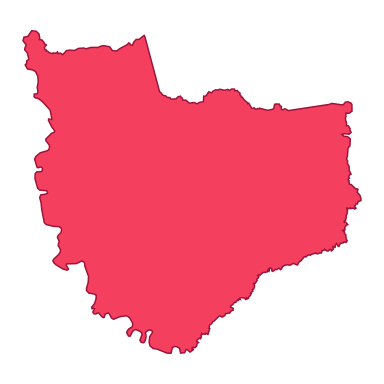 outline of Guajará-Mirim, Rondônia, Brazil
{"feature_id": "56859067B61607327438980", "entity_name": "Guajará-Mirim", "entity_type": "district", "adm_level": 2, "iso_a3": "BRA", "parent_name": "Brazil", "parent_adm1": "Rondônia", "projection": "mercator", "projection_center": [-64.555, -11.323], "detail": "fine", "context": "isolated", "style": "filled", "palette": "rose", "viewbox_px": 384, "rotation_deg": 0, "n_neighbors": 0, "source": "geoboundaries", "source_scale": "gbopen_adm2", "svg_char_len": 5859}
<svg xmlns="http://www.w3.org/2000/svg" viewBox="0 0 384 384"><path d="M331.4,251.0L333.5,249.0L332.9,246.5L335.1,247.3L335.3,245.4L336.5,243.5L338.2,246.4L338.9,246.5L340.3,243.4L343.5,242.8L343.8,242.0L346.3,242.3L347.2,240.6L346.1,238.8L345.8,234.6L344.4,233.6L344.5,232.1L342.9,230.7L344.5,230.5L344.8,230.0L344.2,229.5L345.0,229.0L344.8,227.4L346.3,225.2L347.8,224.6L345.9,222.3L344.1,222.0L344.6,220.5L345.5,220.5L346.2,218.0L346.2,215.5L347.4,213.1L347.0,212.1L347.7,209.9L346.7,208.7L347.0,208.0L348.1,208.5L350.3,208.0L350.3,208.6L353.4,208.1L354.8,209.1L356.0,208.2L354.6,206.4L356.1,203.8L357.5,203.9L357.9,201.8L361.0,200.5L360.9,198.2L359.7,194.9L357.1,192.3L358.0,189.4L357.1,188.8L355.7,188.9L351.2,184.5L349.3,184.2L349.0,180.5L348.2,180.4L348.1,179.7L348.6,178.4L349.4,178.1L348.7,176.9L349.1,175.8L349.8,174.6L351.0,174.3L350.2,172.1L349.3,171.3L349.1,166.4L347.5,163.5L347.6,160.7L346.5,159.1L347.4,156.1L348.1,147.9L349.9,146.0L350.3,139.0L347.7,136.7L343.8,136.2L342.0,134.5L344.4,133.7L349.1,134.2L351.1,132.4L349.9,129.8L350.1,128.6L348.4,125.9L346.3,125.6L346.6,122.8L345.6,120.3L345.4,117.9L346.1,116.6L345.7,115.3L346.1,113.1L349.0,113.3L352.0,111.2L351.9,104.5L351.1,103.2L348.0,101.8L345.3,102.2L343.5,104.5L342.1,104.9L331.9,103.4L329.3,104.4L288.4,110.6L285.1,108.8L282.1,109.8L281.2,108.5L281.4,106.4L280.2,106.0L279.3,104.1L275.5,104.0L274.6,104.4L273.8,108.3L272.6,109.3L267.5,110.3L259.5,108.2L259.2,108.8L257.7,108.5L256.1,109.4L254.0,107.8L252.9,108.5L251.6,108.0L248.7,103.1L247.6,103.7L247.1,102.3L244.2,100.0L242.3,97.2L241.3,97.1L241.0,95.9L239.9,94.8L240.1,93.3L237.7,91.3L237.5,90.6L234.9,90.8L234.5,89.1L231.6,89.0L229.6,90.4L227.9,89.4L224.5,90.3L219.7,89.2L218.3,90.0L215.7,89.8L213.1,91.1L211.6,92.8L208.7,91.8L206.2,95.6L205.1,96.3L203.7,96.1L203.4,101.7L199.7,102.3L196.9,103.8L194.3,102.5L189.4,103.2L185.9,100.1L183.0,100.2L182.1,97.9L180.9,97.2L180.5,96.2L178.0,96.8L175.9,98.9L170.9,99.1L169.9,97.6L167.0,97.3L165.9,96.0L162.8,95.2L160.7,92.4L159.6,91.8L144.8,36.4L144.1,35.4L139.0,39.4L136.2,39.4L133.7,42.1L132.5,45.3L130.1,45.0L129.9,43.5L128.8,42.9L127.0,44.8L119.6,48.7L116.7,51.0L112.4,50.6L109.7,46.8L103.6,45.6L100.7,46.2L98.2,47.4L90.9,47.4L86.0,48.8L83.8,48.0L78.4,48.4L74.5,50.5L70.0,50.1L66.5,50.6L62.7,54.7L60.4,53.1L58.2,53.6L57.5,51.9L55.9,53.2L53.2,52.9L52.6,53.7L49.3,52.7L47.5,51.1L46.2,51.0L46.0,49.6L45.0,49.6L44.4,48.0L45.4,45.9L46.3,45.3L46.2,44.7L44.4,43.9L44.0,42.4L42.0,40.0L39.3,39.6L39.8,38.4L39.0,34.0L36.3,31.3L31.7,30.7L27.7,36.6L24.0,37.1L23.0,40.7L26.3,45.1L24.8,48.3L24.7,49.8L27.2,52.7L28.7,58.4L28.5,59.6L26.7,60.9L26.5,63.8L25.3,64.6L25.3,65.2L27.5,69.0L32.7,69.9L35.5,71.6L37.8,76.1L38.2,82.1L37.2,87.3L38.0,92.1L37.0,93.9L34.3,94.0L34.0,96.5L34.9,97.7L38.8,98.8L42.2,101.4L50.1,110.0L51.9,118.8L51.7,119.5L48.7,119.0L48.4,120.2L51.7,126.8L54.7,130.8L54.3,132.2L51.3,133.5L45.8,139.1L45.8,140.5L49.3,145.0L49.5,147.8L48.7,149.7L47.1,150.8L40.2,152.8L35.9,156.4L34.6,159.1L37.0,167.2L38.1,167.8L40.4,167.0L41.6,167.2L42.6,168.9L41.7,171.6L37.1,171.7L35.2,173.6L35.0,178.7L37.7,188.3L39.7,190.1L46.6,190.7L47.4,192.1L47.4,193.2L46.1,194.0L40.7,194.9L39.7,197.7L41.1,202.9L41.7,209.3L44.3,222.6L46.1,224.5L53.3,226.3L59.2,226.7L61.1,228.2L61.6,229.5L61.1,232.4L58.0,235.7L57.4,237.4L59.2,241.2L58.1,245.4L60.4,249.3L60.3,252.0L58.4,254.8L53.7,259.2L52.9,260.9L53.8,262.8L55.9,264.7L62.6,268.8L66.9,270.2L68.3,269.4L68.3,268.6L66.2,265.4L66.6,263.9L76.4,263.6L81.7,261.0L83.8,262.0L84.7,263.5L84.9,266.3L88.5,276.3L88.2,282.4L86.5,288.2L86.5,290.5L88.8,293.1L94.6,294.1L96.3,295.6L95.9,299.4L94.5,303.6L91.6,307.3L92.1,308.8L93.4,308.1L94.5,308.9L92.8,312.0L93.8,313.7L95.9,314.0L96.9,313.2L98.7,313.0L101.9,316.8L103.4,317.6L104.1,317.4L105.2,314.1L108.2,313.0L109.4,314.0L111.5,318.0L113.6,319.3L119.8,316.7L126.0,315.8L127.5,316.2L129.7,317.9L132.2,322.2L132.8,324.9L131.9,327.2L129.0,328.7L127.0,331.3L126.8,333.1L128.5,336.0L130.1,336.2L132.8,331.2L134.4,329.8L136.1,329.7L139.7,331.2L141.5,332.6L142.0,334.6L139.9,340.2L141.0,342.1L143.3,342.8L144.4,342.1L145.6,339.5L146.1,336.1L145.4,332.4L148.4,330.2L150.8,330.1L152.5,331.4L152.6,332.2L149.7,336.7L149.1,342.1L150.0,345.8L153.1,348.5L157.2,349.1L167.0,353.1L171.0,353.3L172.4,347.6L173.9,346.6L176.5,346.6L179.5,348.2L180.6,353.1L184.7,352.7L185.7,350.1L187.2,349.5L190.0,352.1L193.4,349.7L192.8,348.5L192.0,348.7L192.3,347.5L195.1,347.6L196.7,345.9L197.0,343.8L198.5,342.4L196.7,341.5L197.0,340.1L199.8,338.1L200.4,338.7L201.4,337.1L201.0,336.1L201.5,333.9L201.9,334.6L203.1,333.9L205.2,334.3L205.5,333.4L206.3,333.5L207.5,333.6L207.4,334.3L208.0,334.4L209.7,328.7L209.0,328.5L209.6,325.0L211.5,323.8L213.1,321.3L214.1,321.1L219.1,316.1L219.9,315.8L222.0,317.1L222.9,316.9L223.1,316.1L224.7,315.8L225.6,313.7L229.7,313.0L231.2,310.9L233.2,310.2L233.2,308.4L230.4,306.9L230.5,306.1L232.9,304.5L234.3,302.5L236.0,302.2L238.0,299.5L238.5,300.2L239.2,299.3L240.1,299.5L239.5,298.5L240.0,297.9L243.2,297.8L245.0,298.3L245.4,299.2L246.0,298.5L246.3,299.2L247.0,299.1L246.9,298.1L248.5,298.3L248.8,296.8L250.4,295.5L251.2,293.5L250.6,293.3L250.9,292.6L252.9,291.2L252.4,289.6L253.6,289.1L254.5,286.9L254.6,285.7L253.5,283.9L254.0,283.2L254.7,283.7L255.3,283.1L257.1,280.6L256.7,279.3L258.4,277.8L258.8,276.6L257.7,275.7L258.0,275.1L260.2,275.1L262.6,272.7L267.3,271.9L267.8,270.7L269.0,271.4L269.5,269.4L268.4,269.2L269.6,268.0L271.7,268.4L271.9,270.9L272.6,271.4L275.6,269.5L277.0,269.5L277.8,268.6L279.3,268.5L280.6,269.7L282.0,268.2L282.3,266.6L285.2,265.2L287.6,264.7L289.8,265.3L293.3,263.4L297.4,265.0L299.2,261.8L301.0,260.8L304.4,256.6L305.9,257.0L307.7,255.3L309.7,254.8L310.2,255.3L311.6,254.3L315.9,253.0L316.6,253.7L318.1,253.8L319.5,253.0L321.5,253.0L322.1,250.5L324.0,250.3L324.6,249.2L326.4,250.8L328.2,251.0L330.1,249.3L330.9,249.7L331.4,251.0Z" fill="#f43f5e" stroke="#9f1239" stroke-width="1.5"/></svg>